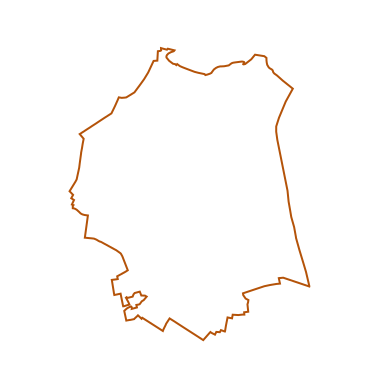 the district of Bac Tu Liem, Ha Noi, Vietnam, rotated 78°
{"feature_id": "81297802B3906213091507", "entity_name": "Bac Tu Liem", "entity_type": "district", "adm_level": 2, "iso_a3": "VNM", "parent_name": "Vietnam", "parent_adm1": "Ha Noi", "projection": "mercator", "projection_center": [105.766, 21.071], "detail": "fine", "context": "isolated", "style": "outline", "palette": "amber", "viewbox_px": 384, "rotation_deg": 78, "n_neighbors": 0, "source": "geoboundaries", "source_scale": "gbopen_adm2", "svg_char_len": 3577}
<svg xmlns="http://www.w3.org/2000/svg" viewBox="0 0 384 384"><g transform="rotate(78 192 192)"><path d="M308.8,96.9L308.6,96.8L293.9,97.1L285.2,97.8L271.1,99.0L258.5,99.8L257.5,99.7L247.6,99.4L237.1,100.1L229.9,99.8L221.5,99.5L210.6,98.3L159.5,97.7L158.8,97.7L150.5,97.1L145.4,96.0L142.4,94.3L137.5,91.5L123.0,81.5L111.9,71.9L102.0,80.0L95.6,84.7L93.2,86.9L91.8,87.6L89.8,87.8L88.8,88.4L87.0,90.4L85.9,91.1L83.2,92.0L81.0,92.0L78.8,91.8L76.3,91.3L74.2,93.0L70.8,101.8L72.0,103.3L74.5,106.4L77.9,113.4L77.9,115.0L77.7,115.3L77.3,115.1L76.5,114.0L75.8,114.0L75.4,114.5L74.9,115.6L74.7,116.7L74.5,119.4L74.2,123.0L74.1,124.8L74.2,126.0L74.6,127.2L75.8,129.7L75.7,134.1L75.5,135.7L75.0,138.4L75.1,140.7L75.6,142.7L76.7,145.1L78.7,147.4L79.6,148.3L79.6,148.5L80.0,149.8L80.3,152.4L80.4,154.6L79.3,155.2L76.7,161.1L75.0,164.5L70.0,172.3L67.9,175.5L66.3,177.7L63.8,179.9L64.6,181.0L63.5,181.8L62.6,183.9L58.9,187.1L55.2,189.0L53.9,188.8L52.8,188.0L51.6,186.2L50.8,183.3L50.6,181.2L50.4,180.4L49.8,179.7L46.8,185.9L47.6,186.9L45.8,190.5L44.8,192.4L47.1,192.8L47.4,193.9L47.2,196.1L56.3,198.6L55.8,202.3L64.8,209.1L66.1,210.1L71.7,215.4L75.7,219.8L82.6,227.6L85.8,236.6L85.7,238.2L85.3,241.2L84.2,243.9L86.5,245.5L92.0,249.5L98.4,254.5L98.6,255.1L101.2,262.0L103.2,267.1L103.9,268.9L105.0,271.6L106.7,276.1L107.6,278.3L108.5,280.7L112.0,289.8L117.4,286.9L122.1,288.9L126.0,290.4L130.8,292.4L131.0,292.4L139.9,295.6L144.8,297.3L155.7,302.2L157.6,303.8L165.8,311.6L170.1,308.9L173.0,311.4L175.3,309.1L179.3,312.1L180.2,310.7L181.2,311.6L183.1,312.0L183.3,311.4L183.7,310.5L184.5,309.4L185.6,308.3L188.1,306.5L189.8,305.4L191.1,303.9L192.1,302.0L193.3,298.7L214.4,306.3L214.5,305.9L214.7,305.4L215.5,302.9L216.4,300.0L217.2,297.6L217.8,296.7L218.8,295.3L220.5,293.5L221.3,292.5L221.5,292.0L221.8,291.5L231.6,280.1L233.2,278.2L236.7,275.0L236.8,274.9L237.5,274.4L240.4,273.5L255.2,271.1L256.2,273.7L258.9,282.7L259.4,282.7L259.9,282.7L261.7,282.7L261.7,283.9L261.3,288.7L273.3,289.3L274.7,289.4L276.6,289.4L276.6,288.6L276.6,287.7L276.6,286.9L276.6,286.0L276.6,283.0L288.4,283.1L288.6,283.1L289.5,283.1L289.6,282.4L289.4,280.3L289.3,279.3L289.2,278.4L289.2,278.0L289.2,277.8L289.2,277.6L289.2,277.3L289.1,277.1L289.1,276.6L288.1,276.8L286.3,277.2L285.9,277.3L283.7,278.0L282.4,278.3L281.7,278.6L281.3,277.8L282.2,277.2L282.0,271.8L280.0,270.5L278.9,269.1L278.6,263.8L282.7,263.1L283.6,259.5L284.9,258.1L287.7,261.7L288.5,263.9L290.5,266.1L290.9,266.6L290.9,266.9L291.0,267.7L290.9,269.9L293.5,269.9L293.8,275.2L293.1,274.9L292.2,274.9L291.4,275.3L291.5,277.0L292.2,279.5L293.1,281.2L294.2,283.0L294.3,283.0L297.7,283.0L299.7,283.0L301.7,283.0L304.1,283.0L304.1,282.3L304.2,280.0L304.2,279.5L304.3,279.0L304.3,278.9L304.3,278.5L304.3,278.2L304.3,277.6L304.3,276.9L304.3,276.4L304.3,275.0L303.8,274.4L303.3,273.5L303.1,273.2L302.1,271.5L301.4,270.5L302.4,269.8L305.5,267.7L304.7,266.8L318.2,253.1L321.9,249.4L320.2,248.3L316.7,245.5L315.5,244.7L311.0,240.2L314.2,236.9L322.5,228.6L333.0,218.0L339.2,211.8L333.1,203.6L332.8,203.1L333.1,202.9L334.0,202.0L335.0,200.8L335.6,200.0L336.3,199.2L333.9,197.3L334.9,193.9L333.1,192.4L335.2,189.1L335.3,188.8L334.7,188.5L329.8,186.6L327.7,185.7L322.1,183.3L323.9,179.1L320.5,177.7L322.0,172.3L322.4,168.1L322.8,166.3L320.5,166.0L320.8,161.9L313.4,161.1L311.6,160.1L309.4,159.3L307.4,161.7L303.6,163.3L301.7,163.2L301.0,157.0L300.0,148.1L299.2,140.8L299.2,135.1L299.5,128.4L299.7,126.9L299.9,125.0L295.0,125.0L294.3,125.0L294.3,124.9L294.3,124.4L294.4,124.2L294.7,121.5L294.8,120.6L308.8,96.9Z" fill="none" stroke="#b45309" stroke-width="2"/></g></svg>